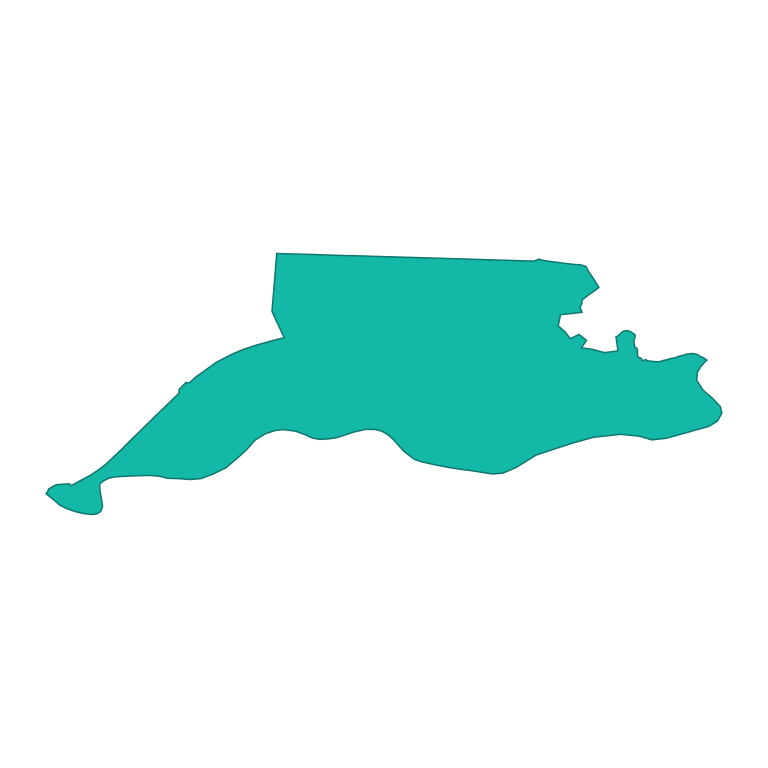 the district of Strenči, Strencu, Latvia
{"feature_id": "27541924B77919484434433", "entity_name": "Strenči", "entity_type": "district", "adm_level": 2, "iso_a3": "LVA", "parent_name": "Latvia", "parent_adm1": "Strencu", "projection": "equal_earth", "projection_center": [25.697, 57.627], "detail": "fine", "context": "isolated", "style": "filled", "palette": "teal", "viewbox_px": 768, "rotation_deg": 0, "n_neighbors": 0, "source": "geoboundaries", "source_scale": "gbopen_adm2", "svg_char_len": 2920}
<svg xmlns="http://www.w3.org/2000/svg" viewBox="0 0 768 768"><path d="M46.1,493.8L49.8,496.7L55.3,501.2L59.5,504.9L66.7,508.6L75.6,511.7L83.3,513.5L90.8,514.5L96.5,514.0L100.6,511.6L102.6,506.6L101.1,497.1L99.8,489.4L99.8,483.7L103.4,481.1L107.7,478.6L114.3,476.9L128.3,476.1L149.4,475.4L159.2,476.2L167.7,478.3L178.0,478.6L190.5,479.5L201.0,478.6L212.8,474.2L225.7,467.9L236.4,459.0L246.1,450.2L254.8,440.5L255.4,439.9L265.4,433.8L275.1,430.5L283.7,429.6L289.4,430.4L289.7,430.4L295.6,431.2L304.6,434.5L312.3,438.0L319.7,439.4L328.3,438.9L336.6,437.7L354.1,432.0L365.8,429.3L375.4,429.5L381.9,431.2L388.0,434.8L393.7,439.9L399.0,446.0L404.5,451.8L414.4,459.4L422.1,462.0L437.0,465.2L447.4,467.2L460.2,469.3L466.6,470.1L469.6,470.4L476.1,471.4L481.1,472.2L492.7,474.0L503.1,473.1L516.6,467.2L536.2,455.0L572.1,443.2L593.5,437.3L620.5,434.3L639.5,436.2L651.8,439.9L666.0,438.3L670.8,437.0L687.4,432.4L696.4,429.8L708.8,426.4L717.5,421.0L721.9,413.1L720.3,406.5L712.3,398.1L703.3,390.4L696.7,380.2L697.5,372.2L700.8,366.5L706.0,360.8L706.9,360.2L703.4,357.7L699.7,356.2L697.6,354.5L692.8,353.5L685.4,354.3L684.7,355.0L682.4,355.4L678.1,356.5L676.5,357.4L670.6,358.6L667.6,359.5L666.1,360.0L664.2,360.2L659.0,361.8L653.8,361.6L651.2,361.1L647.7,361.0L645.8,359.5L643.7,360.5L642.2,360.5L641.7,359.4L640.9,358.1L638.3,357.3L637.9,357.0L637.3,352.3L637.5,350.5L637.5,350.0L636.8,348.4L636.3,348.0L634.8,346.9L633.8,341.6L635.1,336.5L635.0,334.7L631.7,332.5L631.1,332.2L630.7,331.9L630.0,331.5L629.3,331.2L629.0,331.1L628.2,330.8L627.8,330.8L627.2,330.8L627.0,330.7L626.5,330.7L626.1,330.7L625.5,330.8L625.3,330.8L624.6,331.0L623.7,331.2L623.2,331.4L622.8,331.5L622.6,331.7L622.1,332.1L621.8,332.4L621.5,332.5L620.5,333.5L619.3,334.5L617.0,336.7L616.0,336.7L617.9,350.9L604.7,352.6L591.2,349.1L581.3,347.8L586.5,340.4L579.0,334.4L570.3,338.7L564.8,331.6L558.2,325.9L560.5,314.7L579.7,312.6L582.1,312.3L580.1,307.3L581.9,303.4L581.9,300.8L582.4,299.7L588.2,295.2L595.7,289.9L598.9,287.5L594.5,280.3L588.9,271.9L585.8,266.4L581.1,264.9L574.3,264.4L569.2,263.9L566.7,263.6L544.6,260.7L538.8,259.2L533.9,261.1L502.6,260.2L473.1,259.3L463.8,259.0L396.8,257.0L394.1,256.9L389.2,256.8L383.1,256.6L371.8,256.3L367.9,256.1L346.5,255.6L345.5,255.7L343.4,255.5L343.0,255.5L318.6,254.7L314.4,254.5L312.6,254.5L295.4,254.0L292.4,254.0L276.7,253.5L274.9,276.0L274.2,284.7L273.5,293.4L273.4,293.9L272.3,307.6L272.0,311.4L273.6,314.8L275.9,319.9L280.1,328.9L280.7,330.2L284.2,337.7L272.3,340.7L256.7,345.0L242.7,349.7L231.8,354.3L216.1,362.4L200.3,373.8L197.9,375.6L197.2,376.0L193.7,378.8L189.1,383.1L188.2,382.9L186.7,382.6L186.0,382.4L185.3,383.1L185.2,383.3L179.0,389.6L179.0,390.2L179.3,392.9L168.7,403.2L158.1,413.4L149.1,422.2L139.8,431.4L130.9,440.0L122.1,448.9L104.7,465.3L97.8,470.3L91.2,474.8L71.1,485.7L69.2,483.8L56.2,484.7L48.6,489.0L47.9,491.2L47.4,491.8L46.1,493.8Z" fill="#14b8a6" stroke="#0f766e" stroke-width="1.5"/></svg>